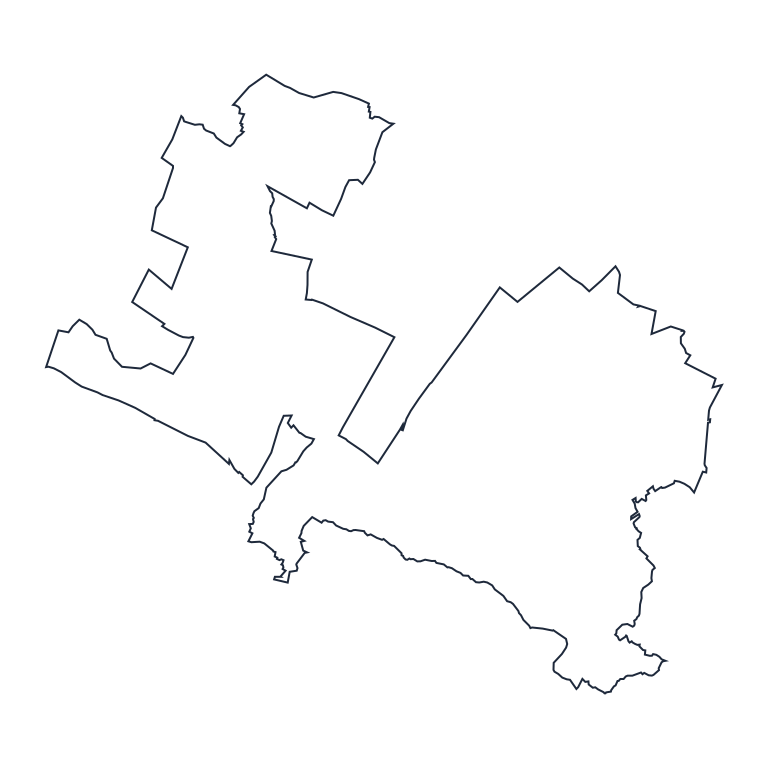 Axapusco, México, Mexico (Mercator projection)
{"feature_id": "50627088B66488502331387", "entity_name": "Axapusco", "entity_type": "district", "adm_level": 2, "iso_a3": "MEX", "parent_name": "Mexico", "parent_adm1": "México", "projection": "mercator", "projection_center": [-98.73, 19.766], "detail": "fine", "context": "isolated", "style": "outline", "palette": "slate", "viewbox_px": 768, "rotation_deg": 0, "n_neighbors": 0, "source": "geoboundaries", "source_scale": "gbopen_adm2", "svg_char_len": 6104}
<svg xmlns="http://www.w3.org/2000/svg" viewBox="0 0 768 768"><path d="M615.5,266.3L601.6,280.3L589.2,291.3L582.0,284.5L572.8,278.6L559.3,267.5L517.5,301.9L499.8,287.4L466.6,334.8L431.6,382.5L429.8,383.8L418.9,398.7L410.7,410.9L406.5,418.6L402.8,430.3L401.7,429.9L403.1,425.8L402.9,424.4L399.9,429.7L377.8,463.4L363.6,451.8L347.7,441.0L345.9,439.1L338.7,435.4L342.8,427.4L394.4,337.2L375.1,327.6L350.3,316.9L323.0,303.4L311.9,299.6L311.6,300.0L305.7,299.5L306.9,293.1L307.5,284.9L307.6,271.9L311.8,259.6L271.5,251.0L276.2,239.1L274.8,237.1L275.6,236.3L274.1,234.9L275.0,234.4L274.6,230.7L271.3,223.5L271.9,221.0L271.2,215.8L269.9,212.9L270.8,206.6L271.1,206.8L273.7,201.1L273.8,199.1L272.6,196.9L272.2,193.3L270.0,191.1L267.5,186.2L306.9,208.3L309.5,202.7L322.0,210.3L333.3,215.7L341.1,198.9L345.4,187.0L349.1,180.2L357.9,179.8L362.4,183.9L370.1,172.4L374.9,162.1L374.0,159.7L374.2,157.9L375.9,149.4L382.4,132.2L393.4,123.7L389.3,123.1L379.1,117.2L374.7,116.7L372.3,118.6L369.8,117.7L370.4,111.9L368.8,111.6L369.6,107.1L368.1,106.9L368.9,103.6L358.9,99.1L341.5,93.1L333.2,91.9L313.7,97.5L299.1,93.0L290.0,87.9L284.7,85.9L266.2,74.7L249.1,86.9L233.1,104.9L235.6,105.3L238.8,107.1L240.0,109.0L239.3,113.3L244.1,114.2L240.2,123.2L242.3,124.2L241.2,125.4L242.8,127.4L240.9,130.8L243.6,131.8L241.2,134.4L237.1,137.3L233.5,143.2L230.8,145.7L230.0,146.2L225.0,143.9L216.4,137.6L213.8,133.5L206.1,130.5L204.0,128.7L202.7,124.7L199.4,124.3L194.9,124.8L185.4,121.8L184.1,121.3L182.9,117.7L181.3,116.1L172.3,139.4L161.7,157.9L173.0,165.9L173.0,168.0L162.9,198.3L156.0,207.6L151.8,230.3L187.8,247.3L171.6,288.9L148.8,269.6L132.2,302.0L164.4,323.9L162.1,326.2L168.0,329.8L178.8,335.5L183.0,337.1L188.9,337.7L192.9,336.9L193.4,337.9L185.4,354.9L173.0,373.9L150.6,363.4L140.6,368.5L122.0,366.8L114.0,358.6L111.7,352.6L110.2,350.5L106.7,338.8L95.5,334.8L92.4,329.7L86.7,324.1L79.3,319.7L72.7,326.2L68.5,332.3L58.4,330.4L46.1,367.1L48.4,366.7L53.8,368.3L61.2,372.1L75.1,382.4L81.7,386.6L97.5,392.4L102.7,395.1L118.5,400.4L135.3,407.9L154.7,419.0L154.5,420.2L158.0,420.8L187.9,435.9L205.6,442.6L228.9,463.9L229.4,460.0L234.4,468.9L238.3,472.9L239.2,472.0L242.4,474.8L242.9,475.3L242.6,476.8L251.3,484.3L254.1,481.6L257.8,476.6L271.3,452.6L279.0,426.8L283.7,415.8L291.6,415.5L287.8,423.0L291.2,427.7L293.5,425.3L299.4,432.8L300.5,433.0L305.7,436.7L313.9,439.1L311.4,443.6L306.7,447.5L303.3,451.3L297.3,461.2L296.1,462.4L295.4,462.3L293.6,465.4L286.5,469.8L281.4,471.3L266.4,487.7L263.8,499.4L260.5,503.5L258.7,508.1L254.4,511.2L253.5,513.1L252.7,515.7L253.8,517.9L253.0,519.1L253.7,521.9L252.8,523.9L249.2,524.1L250.8,528.3L249.3,531.7L252.4,533.3L248.4,541.3L251.4,542.2L259.7,541.7L264.3,543.4L273.0,550.5L273.4,551.5L275.5,552.1L274.7,556.5L277.3,557.7L276.9,558.9L279.5,560.1L281.3,559.3L283.5,560.2L282.7,562.7L281.4,564.5L282.9,565.2L283.4,567.4L282.6,569.0L285.6,570.7L280.5,576.5L280.9,576.8L274.9,576.8L274.1,579.4L287.7,582.6L289.7,571.8L296.7,570.7L297.5,568.1L296.3,564.6L296.6,563.6L304.7,552.9L307.1,552.4L303.2,550.6L300.8,541.8L304.3,540.9L299.1,537.8L301.4,533.2L301.6,530.9L303.7,525.9L312.2,517.1L321.6,522.7L323.3,520.6L325.7,520.2L328.1,521.6L333.0,522.2L336.1,525.5L343.2,528.8L346.4,529.3L348.9,530.9L351.1,531.2L353.5,530.1L355.6,530.0L364.2,531.2L364.8,532.7L367.5,535.4L370.7,534.4L376.9,537.9L381.2,539.5L382.1,539.8L383.6,539.0L390.0,544.4L391.9,545.5L394.1,545.9L401.5,553.2L401.6,555.3L403.1,555.9L403.7,557.6L405.6,559.5L407.3,559.8L409.4,558.5L410.5,559.2L413.4,559.0L417.3,561.4L420.5,561.3L425.1,559.7L431.7,561.0L435.0,560.9L436.4,562.9L443.8,564.4L447.4,567.4L448.6,567.2L451.9,568.2L456.5,571.3L460.5,572.9L463.1,575.5L468.3,575.8L470.8,579.1L472.4,579.0L476.0,582.2L479.3,582.5L483.7,581.7L487.3,582.5L492.2,585.4L494.8,589.4L503.4,595.9L507.1,601.2L510.7,602.2L513.0,603.9L518.4,611.0L519.0,613.1L521.0,615.2L523.4,619.9L529.2,625.7L530.4,628.1L532.1,627.5L542.7,628.6L552.6,630.6L553.3,630.2L566.0,638.9L567.2,644.0L566.1,647.6L561.9,654.0L553.7,662.8L553.5,669.9L554.5,671.7L558.2,673.9L562.3,677.6L566.7,679.3L570.0,679.8L576.4,689.0L578.2,687.1L582.4,678.9L585.3,681.9L588.4,681.4L588.7,684.5L592.8,687.7L595.3,687.3L598.1,689.4L603.6,692.2L604.5,693.3L605.5,693.3L606.1,692.4L610.9,691.6L611.2,690.2L613.9,686.4L615.6,685.4L617.5,681.0L618.7,680.9L620.3,679.0L623.6,679.0L625.7,676.5L627.5,675.7L632.3,675.7L641.0,672.5L642.5,674.2L644.2,672.9L648.7,675.3L651.9,675.6L653.5,674.9L659.0,670.1L658.7,668.2L661.6,662.3L663.2,661.2L665.4,660.8L661.6,659.3L659.4,656.8L656.3,654.8L653.1,654.1L652.0,655.7L649.8,655.8L644.9,654.6L645.3,650.4L643.0,650.0L639.4,646.3L639.7,644.6L637.4,644.9L635.0,643.9L632.5,642.4L631.7,641.3L629.6,642.6L628.5,641.3L626.7,635.9L626.1,635.5L625.3,636.8L620.1,640.3L619.0,639.6L617.7,636.6L615.2,634.7L616.3,633.4L616.6,630.2L622.3,624.7L627.4,624.0L632.7,626.7L634.2,625.6L634.7,624.0L634.2,620.7L636.4,619.1L637.2,617.2L638.9,615.6L639.5,613.8L640.1,604.3L641.6,598.1L641.3,592.0L643.2,588.0L648.3,584.6L651.9,581.3L651.4,578.1L652.0,571.5L652.5,569.9L654.8,568.0L653.5,565.5L646.4,558.4L647.6,556.3L639.9,549.4L640.4,549.1L639.9,547.7L637.8,546.1L637.5,539.9L639.8,537.9L641.1,532.9L638.6,531.3L636.8,529.3L636.8,528.5L636.2,528.5L636.2,527.9L635.1,527.3L633.6,523.5L633.9,522.2L639.4,517.1L639.7,516.1L639.0,514.1L631.1,519.1L631.2,516.4L637.6,511.8L635.5,508.1L634.7,503.6L632.5,499.9L635.6,498.0L635.8,501.4L636.8,502.2L638.1,502.3L641.7,498.9L645.6,501.0L646.3,500.0L645.9,495.4L649.1,493.4L647.3,490.9L652.9,486.3L653.5,488.7L655.2,491.1L660.8,487.3L661.4,487.1L662.1,488.0L665.0,487.6L673.9,483.3L674.7,480.8L679.5,481.7L684.4,483.8L689.7,487.2L694.1,492.5L702.8,471.7L706.2,472.5L706.6,468.0L704.8,465.3L704.5,463.8L708.0,422.7L709.9,422.3L710.2,419.3L708.2,419.8L709.0,410.6L709.9,407.5L721.9,385.0L712.7,387.4L715.6,378.7L685.2,363.2L690.3,355.3L686.1,353.0L684.8,348.8L680.9,343.3L680.8,337.0L683.8,333.8L684.5,331.8L683.8,330.9L681.9,330.9L682.3,330.2L670.8,326.5L651.5,334.0L655.7,311.1L640.4,306.0L638.3,306.6L639.0,305.6L633.4,304.4L617.9,292.9L620.0,275.0L619.0,271.8L615.5,266.3Z" fill="none" stroke="#1e293b" stroke-width="2"/></svg>